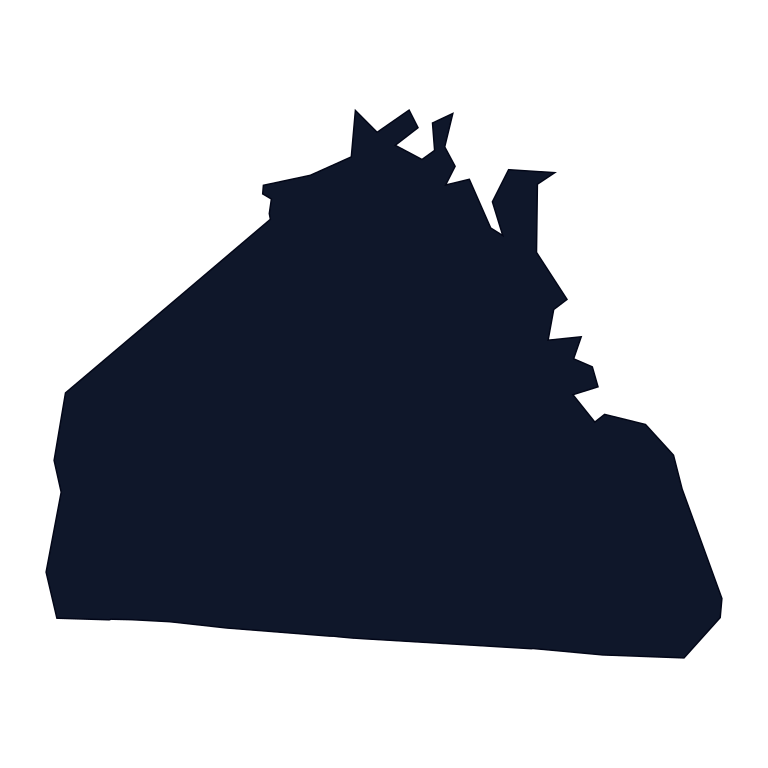 Allen, Kentucky, United States of America
{"feature_id": "52423323B44643882159526", "entity_name": "Allen", "entity_type": "district", "adm_level": 2, "iso_a3": "USA", "parent_name": "United States of America", "parent_adm1": "Kentucky", "projection": "albers", "projection_center": [-86.16, 36.781], "detail": "fine", "context": "isolated", "style": "filled", "palette": "ink", "viewbox_px": 768, "rotation_deg": 0, "n_neighbors": 0, "source": "geoboundaries", "source_scale": "gbopen_adm2", "svg_char_len": 943}
<svg xmlns="http://www.w3.org/2000/svg" viewBox="0 0 768 768"><path d="M684.0,657.9L720.2,617.6L721.9,598.5L682.1,489.0L673.5,455.2L645.5,424.5L604.6,414.4L594.8,422.1L572.9,394.7L598.0,386.8L592.3,366.9L573.6,358.8L581.2,336.8L548.1,340.2L553.7,309.5L567.0,299.4L536.5,252.4L537.4,184.2L554.7,172.7L508.6,169.7L492.4,201.8L502.8,235.6L490.7,228.0L469.3,179.3L445.6,185.0L455.1,166.3L444.7,146.9L452.8,113.5L432.5,123.0L434.6,150.4L422.0,159.5L395.2,145.3L418.0,127.7L409.1,110.1L377.1,132.3L355.4,110.5L351.3,156.9L310.3,175.3L263.4,185.3L262.7,193.9L271.4,199.0L269.3,213.6L270.4,219.3L253.4,233.7L173.3,301.7L65.5,392.9L54.1,460.4L61.2,492.2L46.1,572.1L56.9,618.2L109.3,619.8L111.0,619.2L132.2,619.7L169.7,621.7L226.8,628.0L329.3,636.1L333.7,636.2L337.6,636.6L337.9,636.7L353.3,638.1L354.2,638.1L364.7,638.8L531.2,648.7L533.0,648.5L593.9,654.1L601.5,654.8L602.0,654.9L684.0,657.9Z" fill="#0f172a" stroke="#020617" stroke-width="1.5"/></svg>